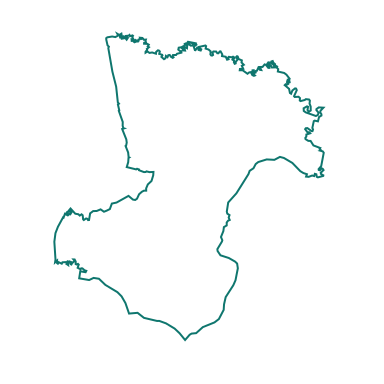 Aceh Utara, Aceh, Indonesia (Natural Earth projection), rotated 282°
{"feature_id": "22746128B43339434023645", "entity_name": "Aceh Utara", "entity_type": "district", "adm_level": 2, "iso_a3": "IDN", "parent_name": "Indonesia", "parent_adm1": "Aceh", "projection": "natural_earth1", "projection_center": [97.205, 4.994], "detail": "fine", "context": "isolated", "style": "outline", "palette": "teal", "viewbox_px": 384, "rotation_deg": 282, "n_neighbors": 0, "source": "geoboundaries", "source_scale": "gbopen_adm2", "svg_char_len": 6008}
<svg xmlns="http://www.w3.org/2000/svg" viewBox="0 0 384 384"><g transform="rotate(282 192 192)"><path d="M325.7,77.0L324.6,76.1L323.1,76.5L317.9,78.9L316.8,80.5L315.4,80.2L293.2,89.1L279.3,95.9L264.3,100.8L263.2,102.2L262.3,101.3L256.7,103.9L256.2,103.5L246.1,109.7L242.4,110.4L240.2,111.5L240.1,112.3L239.1,110.6L229.8,116.8L226.7,117.9L223.0,117.9L223.9,117.0L217.4,121.3L212.8,122.8L212.7,123.4L212.1,122.8L207.9,123.4L202.8,123.0L202.5,132.7L203.3,133.4L203.0,135.5L202.3,135.6L201.5,140.8L201.9,142.5L202.7,143.2L202.6,146.3L203.6,150.1L200.3,150.6L194.4,150.1L190.2,147.2L186.0,146.4L183.8,146.9L183.3,144.7L181.8,142.9L178.8,140.7L174.0,139.6L172.4,138.1L172.3,135.8L175.0,130.7L166.0,120.4L164.0,116.0L158.2,115.2L156.0,112.4L154.4,110.0L156.0,106.2L153.6,102.7L152.8,99.3L149.9,96.8L143.2,97.1L142.9,96.2L144.0,95.1L144.1,93.9L142.1,92.0L142.6,91.2L146.5,89.9L147.2,88.6L145.6,87.1L146.6,85.5L146.5,82.3L150.6,76.6L146.3,74.4L146.4,73.1L146.1,74.7L147.9,75.6L147.0,77.0L148.2,77.4L147.7,78.6L144.9,77.6L145.1,76.8L143.3,75.4L143.7,73.9L144.8,74.4L144.6,72.3L140.3,71.7L140.5,71.2L130.1,68.1L123.4,67.0L114.7,67.7L97.6,72.5L94.7,72.7L96.9,74.3L94.4,74.8L94.0,75.7L95.6,76.2L94.8,79.5L96.3,79.9L97.5,84.3L96.8,85.4L95.5,84.3L94.8,86.0L96.1,85.5L97.4,86.3L98.3,85.6L98.2,87.6L96.2,88.2L96.0,89.1L96.7,89.3L98.4,88.0L98.1,90.0L100.3,91.5L101.4,90.1L101.6,91.2L99.8,92.7L97.3,93.2L97.1,94.2L98.0,95.4L97.4,96.3L94.1,95.9L93.2,99.1L94.3,99.5L94.5,100.7L93.1,103.1L92.9,105.0L91.4,104.6L91.2,99.2L84.1,99.6L84.5,109.7L87.5,113.6L87.8,119.0L83.1,126.6L78.5,139.9L75.3,144.8L69.5,150.0L60.0,155.7L62.5,163.9L58.9,171.2L58.6,184.7L59.1,186.8L58.1,193.9L54.8,203.4L51.2,209.3L45.8,216.0L51.9,219.4L53.4,221.0L54.8,225.4L62.1,230.7L69.1,241.1L73.3,244.7L83.3,247.5L88.8,246.7L96.2,246.8L109.4,251.8L114.7,252.9L126.9,252.7L131.4,251.0L132.9,248.6L135.1,241.7L136.0,233.0L139.6,229.3L141.4,228.7L149.8,231.6L151.1,231.7L154.0,229.7L160.3,230.8L164.3,230.5L166.5,232.9L169.4,232.3L171.4,233.2L172.5,234.7L174.6,233.2L177.2,233.5L178.2,231.0L180.1,230.1L189.3,229.6L199.9,235.7L221.2,243.5L224.7,244.0L228.0,247.2L232.6,248.5L235.1,250.6L239.4,258.3L240.6,265.9L244.6,270.7L244.4,274.8L241.3,284.1L234.9,293.6L233.7,297.0L233.3,300.7L230.8,300.4L231.1,303.0L233.1,306.1L233.0,308.2L235.3,308.4L235.2,309.9L232.8,310.9L232.5,312.1L235.0,317.0L235.6,317.0L236.4,314.5L237.5,313.9L240.8,316.1L241.8,315.1L242.1,314.0L239.8,312.6L239.9,311.4L240.7,311.1L244.2,313.0L257.8,312.7L258.9,311.5L259.1,308.7L259.7,309.4L260.7,307.9L261.7,308.3L262.8,301.1L266.6,297.4L266.2,295.1L267.3,292.1L268.4,291.6L270.0,292.3L272.0,291.9L274.0,295.4L274.8,294.4L274.5,292.4L277.0,289.6L278.0,290.0L278.5,291.6L276.4,296.3L276.6,297.2L278.3,297.4L279.7,296.4L286.6,296.4L287.3,297.1L287.3,300.5L291.8,300.7L293.7,302.7L295.0,302.4L296.6,300.8L298.2,300.8L301.8,303.0L301.1,298.4L299.0,296.5L298.0,296.6L295.8,299.4L293.4,299.0L292.1,297.4L293.5,286.8L294.5,284.5L297.1,283.8L299.7,286.7L299.5,287.8L296.3,287.9L295.1,289.1L295.1,289.9L296.4,291.2L300.3,290.3L302.9,288.6L305.9,288.3L306.8,287.3L306.5,284.1L305.4,283.1L303.5,279.3L303.9,278.4L306.3,278.1L307.3,276.4L306.3,272.7L306.9,271.9L313.4,273.3L314.8,272.3L314.8,271.3L312.2,269.1L308.7,268.5L309.2,267.2L313.1,265.5L315.8,260.5L316.9,261.2L316.9,262.8L317.6,263.5L319.1,262.1L320.1,262.1L320.2,263.2L319.2,264.1L319.6,264.7L320.9,264.2L321.6,261.5L322.1,263.6L323.0,264.0L326.4,260.0L327.6,257.4L327.7,250.9L330.1,250.8L331.3,249.0L332.4,249.2L333.1,246.9L334.3,246.7L335.4,244.7L336.9,243.7L336.2,242.5L334.8,242.4L333.5,245.1L331.1,247.1L330.4,244.2L332.2,242.8L332.9,241.1L334.8,241.3L334.7,239.7L333.1,239.0L330.6,241.6L329.5,241.9L329.3,240.8L331.7,237.9L331.9,236.5L329.0,235.0L328.4,232.4L325.7,234.4L325.6,233.1L327.3,231.0L324.1,230.3L323.4,228.8L322.1,229.4L321.5,228.5L321.6,227.1L323.9,226.9L323.6,225.9L321.0,226.3L319.1,229.3L318.5,228.4L318.9,226.7L321.5,224.6L320.9,223.1L319.2,221.7L321.6,216.2L321.0,213.4L322.3,213.3L323.2,216.5L325.8,214.5L327.2,216.2L329.0,213.5L331.1,213.4L331.8,209.9L334.0,208.6L334.2,207.8L333.3,207.2L330.9,209.0L328.3,207.7L326.9,208.0L326.3,207.1L327.6,206.0L329.2,205.9L329.9,204.0L330.6,204.2L331.5,205.7L332.4,205.4L332.9,204.0L332.0,202.8L331.9,199.9L331.0,199.4L329.5,200.2L328.7,198.8L331.3,196.9L331.2,193.1L332.9,193.0L335.5,190.7L335.2,189.9L333.2,189.0L333.0,187.9L334.4,186.4L333.9,183.7L332.7,183.1L330.4,184.1L329.6,183.3L329.6,182.3L330.4,181.4L333.4,181.0L334.8,178.6L335.1,175.5L337.6,175.5L338.1,174.7L335.3,168.5L334.7,168.5L333.5,171.4L332.2,171.1L332.3,168.9L334.3,167.8L334.4,167.1L331.4,165.9L331.4,165.3L334.5,163.5L337.0,165.7L337.8,165.1L336.9,162.8L335.2,161.5L334.9,160.2L336.2,158.6L337.4,158.4L338.0,159.0L337.5,161.5L338.2,162.6L338.1,156.8L337.1,156.4L335.7,157.4L336.1,155.1L335.3,154.0L334.5,154.3L334.6,156.8L331.6,157.2L332.9,153.3L332.2,152.5L330.7,154.9L328.9,155.8L328.7,154.2L330.2,152.9L331.2,151.0L330.4,149.0L328.4,149.0L327.3,151.1L327.6,152.4L326.1,152.7L324.1,148.6L322.7,147.9L322.0,144.9L320.7,144.7L320.0,145.9L319.2,145.3L319.9,143.2L321.4,141.7L320.9,140.4L318.8,140.0L319.7,138.2L317.2,138.2L316.1,137.0L317.8,134.0L319.5,134.7L320.0,134.3L320.3,131.2L322.8,131.3L323.5,130.2L323.5,129.2L321.6,127.8L319.8,128.0L320.2,124.0L319.2,121.5L320.2,119.2L318.6,117.6L319.5,117.4L321.8,118.6L322.6,118.1L324.7,119.8L325.3,118.4L327.1,119.1L327.6,117.5L327.1,114.3L328.0,114.2L328.6,116.0L330.1,115.1L331.5,115.2L330.9,113.3L331.9,112.2L331.3,110.9L332.3,110.9L332.1,109.0L331.2,109.5L329.9,107.9L328.9,108.4L327.9,107.8L328.7,105.8L327.4,106.0L326.5,104.6L327.4,102.9L328.0,104.4L328.5,104.3L327.3,101.6L328.9,101.1L329.2,103.0L331.2,101.3L332.5,101.8L332.8,101.2L331.5,99.0L332.6,98.2L331.7,97.5L330.9,94.8L329.9,95.1L329.4,97.2L327.4,96.4L328.7,94.8L327.5,91.8L328.5,91.9L329.5,93.5L330.1,92.7L329.6,91.3L328.1,90.6L328.1,89.6L328.9,89.3L330.4,90.7L332.2,90.0L330.5,88.2L331.2,86.1L329.7,87.3L327.6,84.8L327.5,81.6L325.7,77.0Z" fill="none" stroke="#0f766e" stroke-width="2"/></g></svg>